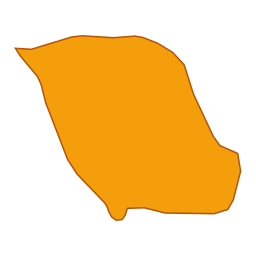 Biliran, Albers equal-area conic projection
{"feature_id": "PHL-2581", "entity_name": "Biliran", "entity_type": "Province", "adm_level": 1, "iso_a3": "PHL", "parent_name": "Philippines", "parent_adm1": "", "projection": "albers", "projection_center": [124.492, 11.584], "detail": "fine", "context": "isolated", "style": "filled", "palette": "amber", "viewbox_px": 256, "rotation_deg": 0, "n_neighbors": 0, "source": "natural_earth", "source_scale": "10m", "svg_char_len": 528}
<svg xmlns="http://www.w3.org/2000/svg" viewBox="0 0 256 256"><path d="M219.9,145.6L237.7,153.5L240.6,171.2L233.3,199.9L227.7,209.6L214.1,213.7L165.0,213.0L144.3,207.8L127.4,208.3L125.1,215.4L122.0,219.6L116.2,220.2L111.7,217.0L108.9,211.9L107.0,206.6L104.9,203.1L77.1,174.1L67.7,159.7L45.8,103.0L41.1,84.5L37.7,76.8L20.1,55.7L15.4,48.3L31.3,49.3L71.6,37.0L82.1,35.8L113.3,37.7L135.1,36.1L142.9,37.5L157.5,43.2L172.6,52.4L184.2,64.9L193.4,94.0L213.4,136.6L219.9,145.6Z" fill="#f59e0b" stroke="#b45309" stroke-width="1.5"/></svg>